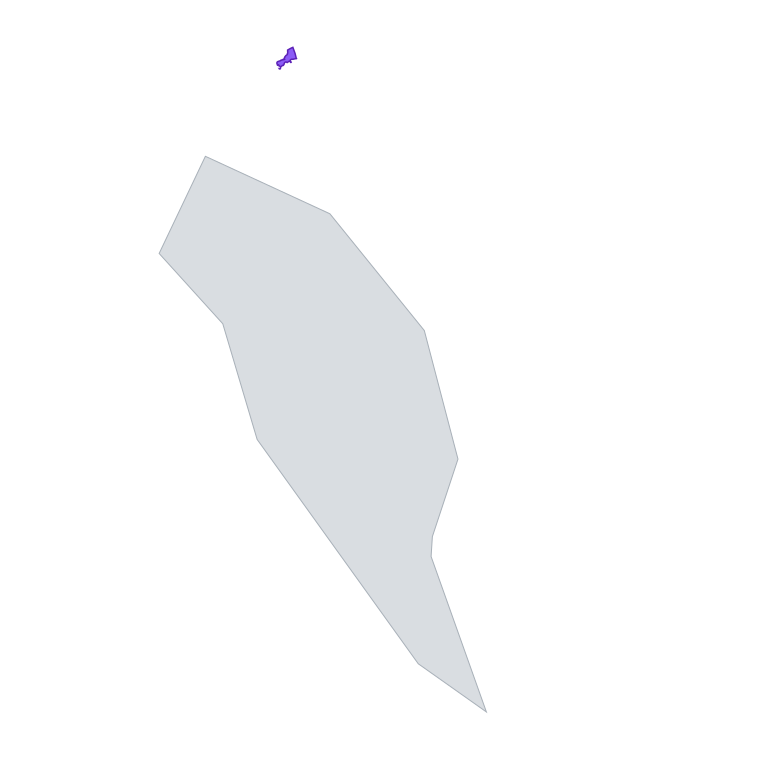 Meyuns, Koror, Palau (highlighted), rotated 135°
{"feature_id": "81905179B89717668575285", "entity_name": "Meyuns", "entity_type": "district", "adm_level": 2, "iso_a3": "PLW", "parent_name": "Palau", "parent_adm1": "Koror", "projection": "orthographic", "projection_center": [134.46, 7.354], "detail": "fine", "context": "in_parent", "style": "filled", "palette": "violet", "viewbox_px": 768, "rotation_deg": 135, "n_neighbors": 0, "source": "geoboundaries", "source_scale": "gbopen_adm2", "svg_char_len": 1997}
<svg xmlns="http://www.w3.org/2000/svg" viewBox="0 0 768 768"><g transform="rotate(135 384 384)"><path d="M450.7,635.3L349.3,671.3L301.9,542.6L317.7,393.3L384.8,278.6L457.7,241.9L472.7,228.7L543.5,79.7L557.6,161.9L512.9,434.5L455.4,540.6L450.7,635.3Z" fill="#d9dde1" stroke="#a8b0b8" stroke-width="1"/><path d="M216.7,687.6L217.0,687.1L217.3,687.0L217.4,686.8L217.5,686.7L217.9,686.3L218.0,686.1L218.6,686.0L219.0,685.8L219.2,685.4L219.4,685.3L219.9,685.4L221.0,685.6L221.4,685.6L222.1,685.5L222.6,685.5L222.9,685.2L223.2,685.2L223.7,685.1L224.1,684.8L224.2,684.6L224.8,684.5L224.9,684.3L224.9,684.1L224.9,683.9L225.3,684.1L225.2,684.3L225.2,684.5L225.3,684.6L225.4,684.8L225.8,684.9L226.3,685.0L226.5,684.9L226.7,685.1L227.0,685.3L227.8,685.6L227.8,685.8L228.2,685.8L228.6,685.8L228.9,685.9L229.0,686.0L229.5,686.3L230.3,686.7L230.6,686.8L231.2,687.1L231.7,687.2L232.4,687.0L233.0,686.5L233.4,685.6L233.5,685.4L233.7,685.2L233.8,684.9L233.8,684.6L232.9,684.3L232.9,684.2L233.0,684.0L233.0,683.9L233.1,683.4L233.3,683.1L233.1,682.9L233.0,682.5L233.0,682.2L233.1,681.5L232.8,681.4L232.0,681.2L231.4,681.1L230.6,681.0L230.3,680.9L229.9,680.8L229.8,680.5L228.8,680.7L228.5,680.8L227.7,681.3L227.3,681.4L227.1,681.5L226.9,681.5L226.7,681.5L226.3,681.4L226.1,681.3L225.6,681.1L225.4,680.7L225.2,679.8L222.9,679.3L222.7,679.1L222.6,678.8L222.5,678.6L222.4,678.4L222.6,677.3L222.5,677.2L222.1,677.2L221.9,678.2L221.9,678.3L221.7,678.9L221.5,679.1L221.2,679.3L220.5,679.3L219.6,678.9L219.3,678.6L218.7,678.0L218.5,677.8L218.3,677.7L218.0,677.6L217.9,677.5L217.6,677.2L216.8,676.8L216.6,676.6L216.4,676.4L216.2,676.2L215.9,676.0L215.6,675.9L215.1,675.9L215.3,675.9L215.8,676.1L215.6,676.6L214.3,678.7L213.2,680.5L210.4,686.5L212.8,687.4L216.0,688.3L216.3,688.0L216.7,687.6ZM234.6,680.3L234.5,680.2L234.4,680.2L234.1,680.4L234.3,680.4L234.4,680.5L234.6,680.7L234.8,680.9L234.9,681.0L234.9,680.9L235.1,680.7L234.8,680.4L234.7,680.4L234.6,680.3Z" fill="#8b5cf6" stroke="#5b21b6" stroke-width="1.5"/></g></svg>